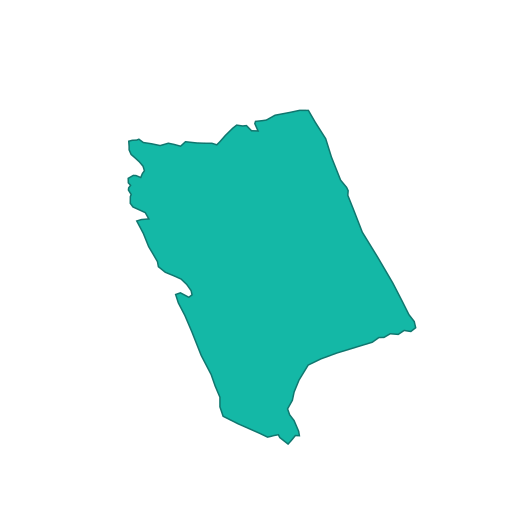 outline of Lycksele, Västerbotten, Sweden, rotated 37°
{"feature_id": "70781695B44534775351427", "entity_name": "Lycksele", "entity_type": "district", "adm_level": 2, "iso_a3": "SWE", "parent_name": "Sweden", "parent_adm1": "Västerbotten", "projection": "robinson", "projection_center": [18.314, 64.665], "detail": "fine", "context": "isolated", "style": "filled", "palette": "teal", "viewbox_px": 512, "rotation_deg": 37, "n_neighbors": 0, "source": "geoboundaries", "source_scale": "gbopen_adm2", "svg_char_len": 1686}
<svg xmlns="http://www.w3.org/2000/svg" viewBox="0 0 512 512"><g transform="rotate(37 256 256)"><path d="M169.9,157.6L167.1,160.2L161.8,163.1L160.5,168.0L159.0,178.0L158.4,186.3L157.8,190.8L153.0,192.5L146.8,197.1L140.8,201.3L130.9,207.2L129.7,213.7L123.4,216.2L118.1,218.7L113.0,225.5L104.9,229.3L97.7,233.2L92.2,233.2L90.9,235.3L87.5,238.1L85.3,240.9L88.6,244.7L90.8,247.6L95.2,250.1L100.2,250.4L106.2,251.0L111.8,252.3L115.6,255.1L115.6,258.3L116.7,262.7L111.7,264.0L109.5,265.5L107.2,270.9L110.0,274.4L113.3,275.0L113.3,278.2L114.4,280.1L119.3,282.0L119.9,284.2L123.9,289.6L128.2,290.9L135.4,289.3L141.5,288.0L148.1,290.9L142.5,295.9L139.7,299.8L152.5,305.8L164.6,313.1L172.4,316.3L180.7,319.8L184.5,323.3L193.4,323.6L201.7,321.4L210.0,319.5L217.8,320.4L225.0,322.7L228.3,325.5L227.2,329.4L217.8,330.9L215.0,335.1L222.2,340.2L235.0,346.3L250.5,355.2L272.1,368.4L291.6,377.7L301.6,384.4L312.2,390.5L318.0,398.2L326.2,403.8L342.7,400.8L357.6,397.3L365.7,395.4L374.2,393.7L376.2,391.4L378.2,388.8L381.4,385.3L384.3,386.7L394.8,386.9L395.2,382.5L395.5,375.7L398.8,373.4L395.5,370.3L385.4,364.5L378.5,362.6L373.2,359.1L371.9,349.4L368.3,341.7L365.0,329.1L363.3,311.7L369.7,299.2L378.9,284.9L392.0,266.9L400.8,254.8L403.2,247.2L407.2,244.0L410.0,237.3L416.8,233.0L419.1,226.3L422.7,224.4L425.1,223.1L426.7,217.2L421.8,213.1L413.4,210.8L400.1,204.2L381.6,195.3L353.8,183.7L326.5,173.0L321.7,170.0L305.2,159.8L292.8,152.3L290.3,148.4L287.1,146.7L277.9,144.5L256.7,131.6L241.1,120.4L222.7,113.5L210.2,108.2L203.2,113.4L196.7,120.9L186.5,132.1L182.4,141.3L179.5,144.2L174.6,148.8L175.4,151.0L182.4,154.9L177.0,158.7L169.9,157.6Z" fill="#14b8a6" stroke="#0f766e" stroke-width="1.5"/></g></svg>